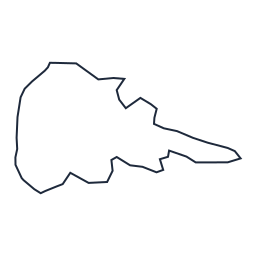 the district of Koshkupir, Khorezm, Uzbekistan
{"feature_id": "79887680B63967245583955", "entity_name": "Koshkupir", "entity_type": "district", "adm_level": 2, "iso_a3": "UZB", "parent_name": "Uzbekistan", "parent_adm1": "Khorezm", "projection": "equal_earth", "projection_center": [60.29, 41.488], "detail": "fine", "context": "isolated", "style": "outline", "palette": "slate", "viewbox_px": 256, "rotation_deg": 0, "n_neighbors": 0, "source": "geoboundaries", "source_scale": "gbopen_adm2", "svg_char_len": 762}
<svg xmlns="http://www.w3.org/2000/svg" viewBox="0 0 256 256"><path d="M240.6,158.4L234.8,151.1L227.8,148.0L207.7,142.7L193.1,137.9L177.0,131.1L163.8,128.3L154.0,123.9L154.4,117.8L156.7,108.8L151.0,104.3L140.4,97.9L125.8,108.2L119.2,99.6L116.7,90.1L124.3,78.9L113.3,78.0L98.3,79.4L76.2,63.4L56.3,62.9L49.9,62.8L47.9,67.3L44.8,70.7L32.0,81.5L24.7,88.7L20.6,97.3L17.5,117.1L16.6,137.8L17.2,149.0L15.4,157.4L15.5,164.8L21.7,178.1L23.5,180.1L34.3,189.2L40.7,193.2L45.3,191.0L56.7,186.4L62.7,184.1L70.3,172.8L88.6,182.9L107.1,182.0L112.6,170.8L111.4,160.0L116.7,157.0L130.1,165.3L142.5,166.8L156.5,172.3L163.2,169.9L159.9,159.2L168.0,156.8L169.1,150.6L186.5,156.6L195.7,162.4L211.4,162.4L227.8,162.3L240.6,158.4Z" fill="none" stroke="#1e293b" stroke-width="2"/></svg>